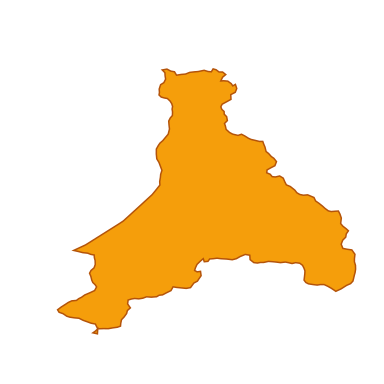 outline of Dário Meira, Bahia, Brazil, rotated 261°
{"feature_id": "56859067B24603419273590", "entity_name": "Dário Meira", "entity_type": "district", "adm_level": 2, "iso_a3": "BRA", "parent_name": "Brazil", "parent_adm1": "Bahia", "projection": "robinson", "projection_center": [-39.99, -14.392], "detail": "fine", "context": "isolated", "style": "filled", "palette": "amber", "viewbox_px": 384, "rotation_deg": 261, "n_neighbors": 0, "source": "geoboundaries", "source_scale": "gbopen_adm2", "svg_char_len": 3376}
<svg xmlns="http://www.w3.org/2000/svg" viewBox="0 0 384 384"><g transform="rotate(261 192 192)"><path d="M73.0,324.1L75.6,330.1L76.7,334.3L78.8,337.0L81.4,338.1L84.6,339.4L87.0,340.5L90.2,341.5L94.0,342.0L97.7,341.5L100.7,342.0L105.0,343.2L109.8,340.8L111.2,336.2L112.7,332.2L117.1,331.2L120.8,333.3L123.4,336.8L126.5,337.8L129.2,340.4L131.5,338.6L134.7,335.6L137.6,333.9L142.9,335.4L147.0,334.7L150.3,333.6L150.6,330.6L150.9,326.4L152.1,323.6L155.1,320.7L157.5,318.8L161.0,315.6L163.8,312.7L167.5,311.6L171.1,305.8L171.4,301.5L172.7,298.1L174.9,295.4L177.7,293.9L182.0,290.0L184.3,286.3L187.7,285.2L191.4,284.3L194.1,281.1L193.8,276.7L194.6,273.6L197.3,272.0L199.3,268.8L202.1,269.6L203.6,273.7L205.0,278.0L208.8,280.2L212.5,278.1L214.6,275.9L218.0,273.7L220.4,271.5L225.0,271.1L228.2,270.3L230.9,269.8L231.4,266.5L233.2,262.2L234.7,258.5L236.3,256.1L239.1,252.9L241.3,249.9L240.7,246.3L242.8,241.2L244.9,238.4L248.5,235.5L252.0,235.3L254.6,234.8L257.0,238.1L261.0,238.0L263.8,236.0L266.5,236.3L268.9,234.4L271.6,233.8L274.0,235.5L275.7,240.3L277.4,245.0L282.1,245.5L283.7,250.3L287.2,252.4L291.5,251.7L290.4,248.9L292.9,247.7L295.9,244.7L296.9,240.7L297.2,237.8L300.6,240.2L302.7,243.7L305.7,241.0L306.3,237.5L309.0,234.9L310.3,232.1L307.7,229.9L308.5,226.7L310.3,223.0L310.0,216.9L310.3,213.0L310.5,208.5L309.5,204.0L309.8,199.8L309.8,195.0L313.5,193.5L314.7,190.0L317.3,186.5L317.2,181.7L314.1,183.9L310.8,183.6L307.6,183.6L304.4,181.3L302.9,177.8L298.8,175.7L295.4,175.4L293.0,174.6L290.6,176.4L289.2,179.4L288.2,182.3L285.2,184.6L282.4,185.8L279.5,186.2L277.0,185.3L274.1,185.3L270.6,184.6L268.5,182.1L265.7,180.1L261.9,179.8L257.7,179.6L252.8,177.5L249.6,173.8L247.3,171.2L245.3,168.0L243.3,166.1L240.0,163.5L235.1,162.7L230.3,162.4L226.4,164.0L222.5,164.8L218.1,165.7L214.3,163.8L211.5,163.1L207.3,161.7L203.9,161.4L198.6,155.6L195.6,152.2L185.6,137.1L174.1,119.6L171.7,114.3L156.4,78.6L152.8,66.0L150.9,70.7L149.2,74.6L147.9,79.4L146.2,82.3L145.1,85.5L142.3,85.3L139.5,85.6L135.5,85.1L132.4,83.4L130.3,80.0L127.8,78.1L124.5,78.9L120.7,79.2L118.1,79.9L115.6,81.8L113.2,82.9L109.9,80.4L108.4,75.2L107.1,70.0L105.3,66.4L104.4,63.5L103.0,60.9L103.3,56.2L102.3,52.6L100.8,49.3L98.9,44.9L96.7,40.8L94.0,41.9L92.0,45.6L88.9,48.9L87.5,51.7L86.1,56.2L85.0,60.6L82.3,64.4L80.0,68.6L78.2,71.8L76.7,75.9L71.6,77.5L70.9,83.4L70.1,87.9L70.2,92.7L70.1,97.1L70.7,100.4L73.5,101.1L76.9,102.4L79.1,105.3L82.2,108.4L85.0,109.6L87.2,113.0L91.5,110.9L95.3,112.0L95.8,115.6L95.8,118.7L94.8,122.7L94.8,126.8L95.6,130.7L94.5,135.3L94.1,140.7L95.2,143.5L95.0,146.8L96.4,150.9L97.9,155.8L101.3,158.5L100.2,161.7L98.6,167.8L97.7,171.2L97.8,175.6L101.8,179.6L103.1,183.4L105.3,185.4L107.9,187.9L112.3,188.0L112.3,184.6L114.1,182.3L116.7,183.6L119.7,185.6L122.2,189.1L124.4,192.7L121.2,193.2L121.0,196.9L123.1,199.0L122.8,202.6L122.7,206.4L121.6,210.1L120.3,216.0L118.8,221.2L119.2,225.4L120.7,229.4L122.0,234.8L120.5,239.2L116.1,238.8L112.6,242.0L111.6,245.5L111.7,248.5L111.2,251.6L111.5,256.6L110.5,260.9L109.6,264.3L108.4,268.3L108.2,273.3L107.0,276.5L105.7,279.6L106.0,283.3L104.8,287.3L102.3,289.7L99.2,290.7L96.4,291.2L93.9,290.7L90.6,289.8L87.4,288.9L84.8,290.3L83.1,292.6L81.6,297.2L80.5,301.1L80.5,304.2L79.9,308.0L77.7,311.3L75.3,314.3L73.4,316.4L71.4,318.5L73.0,324.1ZM71.6,77.5L69.8,74.9L68.4,72.1L66.7,76.4L71.6,77.5Z" fill="#f59e0b" stroke="#b45309" stroke-width="1.5"/></g></svg>